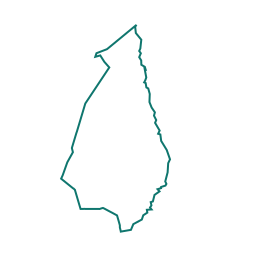 the district of Sampson, North Carolina, United States of America, rotated 200°
{"feature_id": "52423323B72025487819763", "entity_name": "Sampson", "entity_type": "district", "adm_level": 2, "iso_a3": "USA", "parent_name": "United States of America", "parent_adm1": "North Carolina", "projection": "equal_earth", "projection_center": [-78.438, 34.935], "detail": "fine", "context": "isolated", "style": "outline", "palette": "teal", "viewbox_px": 256, "rotation_deg": 200, "n_neighbors": 0, "source": "geoboundaries", "source_scale": "gbopen_adm2", "svg_char_len": 1210}
<svg xmlns="http://www.w3.org/2000/svg" viewBox="0 0 256 256"><g transform="rotate(200 128 128)"><path d="M107.8,148.5L108.1,151.9L112.8,155.3L116.7,159.7L119.2,167.4L122.5,172.1L124.6,172.4L126.8,176.3L128.4,176.4L128.1,178.6L128.1,181.7L132.6,189.3L131.6,189.2L133.1,191.2L137.1,192.0L138.7,196.0L141.7,198.4L141.5,202.6L143.8,204.2L143.6,206.9L145.7,215.5L153.1,219.9L155.9,225.6L155.3,227.8L174.7,194.9L183.2,187.5L183.1,183.7L178.9,186.7L172.9,182.1L166.3,178.5L176.5,136.4L174.8,107.2L174.8,105.8L173.9,90.0L171.5,86.4L173.3,75.0L173.2,61.3L173.5,57.5L158.9,52.5L158.6,52.5L158.4,52.5L157.2,51.9L156.8,51.8L144.9,35.7L141.0,37.2L140.3,37.4L139.8,37.6L127.0,42.2L125.2,43.6L124.2,44.3L122.9,44.2L116.6,43.3L113.6,42.9L113.0,42.8L108.4,42.1L104.9,37.3L102.4,33.8L101.6,31.7L99.4,28.4L99.3,28.2L90.4,33.3L90.1,39.5L83.7,46.7L83.8,51.2L80.9,55.1L82.3,57.6L78.0,59.5L80.1,60.8L79.5,63.3L81.3,66.1L79.5,67.5L80.2,74.2L76.7,79.2L79.3,80.6L76.5,82.7L76.6,82.8L76.7,83.0L76.8,83.5L76.8,83.8L76.7,83.9L73.1,86.7L72.8,88.6L74.7,90.5L75.6,99.9L78.2,108.7L77.8,112.9L84.1,120.6L92.4,127.2L95.4,133.0L97.7,132.9L97.4,136.4L104.3,142.1L104.2,145.1L107.8,148.5Z" fill="none" stroke="#0f766e" stroke-width="2"/></g></svg>